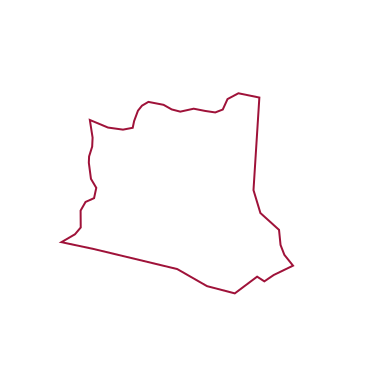 the district of Paraná, Rio Grande do Norte, Brazil, rotated 125°
{"feature_id": "56859067B38345256604650", "entity_name": "Paraná", "entity_type": "district", "adm_level": 2, "iso_a3": "BRA", "parent_name": "Brazil", "parent_adm1": "Rio Grande do Norte", "projection": "robinson", "projection_center": [-38.287, -6.448], "detail": "fine", "context": "isolated", "style": "outline", "palette": "rose", "viewbox_px": 384, "rotation_deg": 125, "n_neighbors": 0, "source": "geoboundaries", "source_scale": "gbopen_adm2", "svg_char_len": 682}
<svg xmlns="http://www.w3.org/2000/svg" viewBox="0 0 384 384"><g transform="rotate(125 192 192)"><path d="M194.4,67.0L190.5,80.3L184.6,89.1L173.1,99.0L170.0,123.9L155.2,142.7L76.0,191.0L84.5,210.6L95.5,216.2L106.8,214.1L113.5,218.6L118.0,227.6L122.8,238.4L132.9,247.7L136.0,256.0L136.9,265.3L143.2,279.4L150.0,282.5L156.4,282.9L167.1,280.1L173.4,277.4L180.5,284.3L187.4,297.8L191.6,317.0L204.5,304.6L212.1,299.8L221.9,296.7L227.2,293.3L239.2,282.3L243.5,272.8L253.2,268.7L261.2,273.5L271.1,272.6L284.9,262.8L293.7,263.6L308.0,270.2L295.2,240.1L263.6,159.9L260.5,125.7L250.5,98.8L224.0,90.1L223.7,81.5L213.0,77.4L194.4,67.0Z" fill="none" stroke="#9f1239" stroke-width="2"/></g></svg>